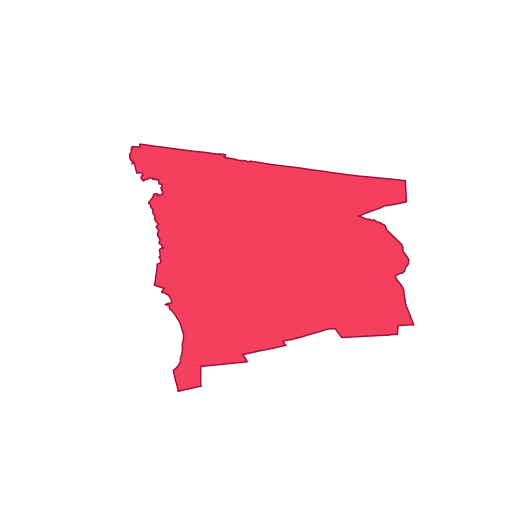 outline of Roata De Jos, Giurgiu, Romania, rotated 220°
{"feature_id": "2599482B53285943705449", "entity_name": "Roata De Jos", "entity_type": "district", "adm_level": 2, "iso_a3": "ROU", "parent_name": "Romania", "parent_adm1": "Giurgiu", "projection": "equal_earth", "projection_center": [25.541, 44.417], "detail": "fine", "context": "isolated", "style": "filled", "palette": "rose", "viewbox_px": 512, "rotation_deg": 220, "n_neighbors": 0, "source": "geoboundaries", "source_scale": "gbopen_adm2", "svg_char_len": 5955}
<svg xmlns="http://www.w3.org/2000/svg" viewBox="0 0 512 512"><g transform="rotate(220 256 256)"><path d="M91.2,304.8L91.9,305.3L95.8,307.3L97.8,308.4L102.1,310.8L109.9,314.9L109.8,315.0L110.7,315.5L113.6,318.2L114.5,318.8L114.9,319.4L118.6,322.5L119.4,323.5L121.1,325.0L122.6,325.9L123.4,326.2L126.6,327.1L129.5,327.8L131.9,328.2L134.4,329.0L135.2,329.4L135.9,330.1L136.1,330.5L136.2,331.0L136.2,331.5L136.2,331.8L136.0,332.1L135.4,332.7L135.0,334.0L134.5,335.2L134.2,335.7L133.6,336.2L132.9,337.0L132.6,338.2L132.4,339.2L132.5,339.8L132.9,340.6L133.6,342.2L134.1,343.5L134.2,344.5L134.0,345.6L134.0,346.7L134.1,347.5L134.2,347.8L134.4,348.0L136.4,351.3L136.7,351.5L140.7,352.7L146.1,353.9L146.5,354.2L149.0,357.0L152.2,358.6L154.8,358.8L157.9,358.9L172.6,360.0L173.5,360.5L176.2,362.1L176.6,362.3L177.0,362.3L180.8,361.5L181.3,361.6L182.8,360.9L186.4,359.7L188.4,359.6L189.2,359.2L189.5,358.0L192.8,357.1L194.0,356.0L195.2,355.2L196.3,354.7L197.0,354.7L197.6,354.5L198.3,354.4L200.5,353.5L202.9,352.7L201.0,356.1L200.5,357.5L191.4,373.3L189.9,376.8L185.7,381.6L180.9,387.2L175.6,394.3L190.1,409.7L192.5,408.0L202.3,401.5L215.4,392.5L218.3,390.5L229.3,382.8L232.3,381.1L237.8,377.3L246.2,372.1L250.7,369.1L259.2,364.0L270.7,356.6L278.6,351.9L284.9,347.8L287.7,345.9L302.8,336.2L309.9,331.8L311.2,331.2L312.1,330.7L321.4,325.0L321.1,324.4L323.1,323.0L324.4,322.6L326.0,321.6L327.1,320.9L330.1,318.6L332.0,317.4L333.3,317.2L341.5,312.5L344.1,311.2L344.3,311.2L343.9,312.5L343.9,313.4L344.1,313.8L344.6,313.9L346.9,312.7L347.1,312.4L347.7,312.0L349.0,311.0L349.8,310.8L350.0,310.2L349.9,310.1L355.0,306.5L355.8,306.4L355.9,306.2L356.0,306.0L356.7,305.8L359.3,304.0L363.1,301.7L365.0,300.3L368.0,298.3L370.2,296.7L372.7,295.2L375.7,293.2L376.8,292.6L380.1,290.3L381.0,289.8L381.3,289.7L382.0,289.1L386.7,286.3L391.3,283.2L396.4,280.1L402.8,275.9L412.8,269.7L416.9,267.0L415.1,264.7L416.0,264.0L419.8,261.4L421.0,260.4L420.4,259.8L420.4,259.6L420.9,259.3L421.1,259.0L421.0,258.8L420.2,258.1L420.0,257.8L420.0,257.1L419.9,256.9L419.2,256.4L418.6,256.1L418.5,255.9L418.5,255.1L418.2,254.3L418.1,253.3L417.8,252.1L416.8,251.4L416.3,251.2L416.2,250.7L415.7,250.7L415.3,250.2L415.5,249.9L415.4,249.8L414.9,249.7L414.5,249.3L414.0,249.1L412.7,248.9L412.7,249.2L412.6,249.6L412.2,249.5L411.7,249.6L410.6,248.3L410.2,247.3L410.1,247.7L409.3,249.0L401.1,243.3L400.4,242.9L400.2,243.0L400.1,243.6L399.8,244.1L399.0,244.8L398.1,245.3L396.9,246.1L396.2,246.3L395.9,246.2L394.8,245.8L394.5,245.1L394.4,244.9L394.5,244.6L395.1,244.2L395.1,243.7L394.8,243.1L394.7,242.6L394.5,242.2L394.1,241.7L393.9,241.6L391.9,241.2L390.6,241.1L390.4,241.2L390.3,241.3L390.2,242.1L390.4,242.4L390.7,242.5L388.6,244.7L388.4,245.0L388.6,245.6L388.6,245.8L387.9,246.4L387.4,247.3L386.4,248.4L385.4,249.2L385.3,249.3L384.7,249.1L384.6,248.6L384.1,248.5L384.1,249.1L383.9,249.3L382.9,249.6L381.9,249.7L381.8,249.8L381.7,250.0L381.9,250.7L381.7,251.1L381.4,251.3L381.0,251.4L380.6,251.3L380.1,251.7L379.6,251.7L379.1,251.6L379.0,251.4L379.2,250.8L379.1,250.7L378.0,250.1L377.4,250.1L377.1,250.0L376.8,249.2L376.7,248.9L375.6,249.6L373.9,250.3L373.5,250.4L373.3,250.3L373.2,250.1L373.1,249.2L372.4,248.6L372.4,248.3L372.7,247.4L372.6,247.0L372.4,246.9L372.1,247.0L371.6,247.0L371.2,246.9L371.0,246.6L370.9,245.9L370.8,245.5L370.5,245.4L369.4,245.6L368.8,245.4L368.1,244.7L367.4,243.8L367.6,243.5L368.1,243.2L367.7,242.4L367.9,241.9L368.2,241.2L369.2,240.2L369.5,240.1L370.1,240.4L370.5,240.4L370.7,239.6L370.9,239.2L371.2,239.2L371.7,239.9L371.9,239.9L372.2,239.9L373.2,239.0L373.6,238.4L373.9,237.0L373.6,236.5L373.4,236.0L372.8,235.1L372.9,234.4L372.4,232.3L372.5,232.1L372.8,231.7L372.5,230.0L372.7,229.3L372.5,228.7L372.6,228.0L372.3,227.5L372.1,227.4L371.7,227.3L370.6,227.7L370.4,227.6L369.0,227.0L368.6,226.1L368.3,225.9L364.7,225.2L364.3,224.5L363.5,223.6L362.6,223.0L362.6,222.7L362.4,222.4L362.1,222.4L361.6,222.6L360.9,222.1L359.7,221.8L358.6,221.2L358.4,220.8L358.2,220.3L357.8,219.6L357.3,219.2L357.1,218.9L356.5,218.5L355.4,218.4L354.1,217.9L352.8,217.9L351.5,217.7L351.1,217.6L351.0,217.4L351.0,217.2L351.3,216.7L351.3,215.9L351.4,215.0L351.3,214.6L351.1,214.1L350.6,213.8L348.0,213.4L347.2,212.9L346.7,212.3L346.4,211.9L346.2,210.5L345.9,209.9L345.5,209.4L344.1,208.4L343.0,207.9L341.0,207.3L339.9,206.5L339.4,205.9L339.3,205.4L339.0,204.0L338.7,203.7L337.9,203.4L337.0,203.3L336.3,203.6L335.1,203.7L334.6,203.4L334.3,203.4L334.0,202.7L333.5,202.4L333.1,202.4L331.8,202.8L331.8,202.7L332.0,202.3L333.2,201.1L333.5,200.5L333.8,199.9L334.0,198.4L331.6,196.8L330.7,195.7L329.0,194.2L328.9,194.0L329.7,193.3L329.6,193.1L329.5,192.9L328.6,192.5L327.3,192.1L326.4,191.4L325.9,191.3L325.8,191.0L325.3,190.8L325.0,190.4L325.0,190.2L325.0,189.4L324.9,189.0L325.9,187.4L326.1,186.7L326.4,186.1L325.5,185.2L324.3,183.5L314.9,168.4L305.7,172.1L305.2,167.8L305.1,167.6L302.7,168.7L301.7,169.0L300.8,169.2L297.9,169.7L297.6,169.7L294.6,168.6L293.7,168.6L292.8,168.0L290.8,166.4L290.6,166.1L290.5,165.8L292.1,164.0L292.8,163.4L293.3,162.3L294.1,160.8L293.0,160.9L292.5,161.0L291.5,162.2L291.2,162.3L290.2,161.7L288.6,160.2L286.0,159.9L284.1,159.8L282.4,159.5L280.1,158.9L272.4,156.4L271.0,155.8L262.9,150.5L261.1,149.4L259.1,146.9L257.6,144.9L257.1,143.9L256.0,141.4L255.8,141.0L254.1,139.1L252.8,137.8L252.0,136.8L249.8,133.1L248.7,130.6L248.2,129.1L246.1,126.5L245.7,125.4L245.5,123.8L245.0,121.4L245.2,118.3L245.6,116.2L245.8,115.1L236.6,108.1L236.5,108.3L231.6,104.8L228.7,102.3L216.2,118.8L214.4,120.7L218.9,125.7L227.3,135.9L195.0,169.0L195.4,168.8L194.9,169.4L199.0,171.0L202.6,172.0L201.2,173.9L191.1,187.2L184.1,195.7L177.3,204.8L175.8,206.7L180.6,208.0L177.1,212.6L174.9,214.9L173.2,217.6L170.3,221.4L163.6,231.7L158.5,239.2L154.6,245.5L152.2,248.0L148.5,251.2L138.0,248.6L109.1,275.6L103.5,280.6L101.2,283.4L99.0,285.3L97.3,286.9L102.4,293.9L101.9,294.6L98.9,297.5L97.3,298.8L94.3,301.8L91.3,304.4L90.9,304.5L91.2,304.8Z" fill="#f43f5e" stroke="#9f1239" stroke-width="1.5"/></g></svg>